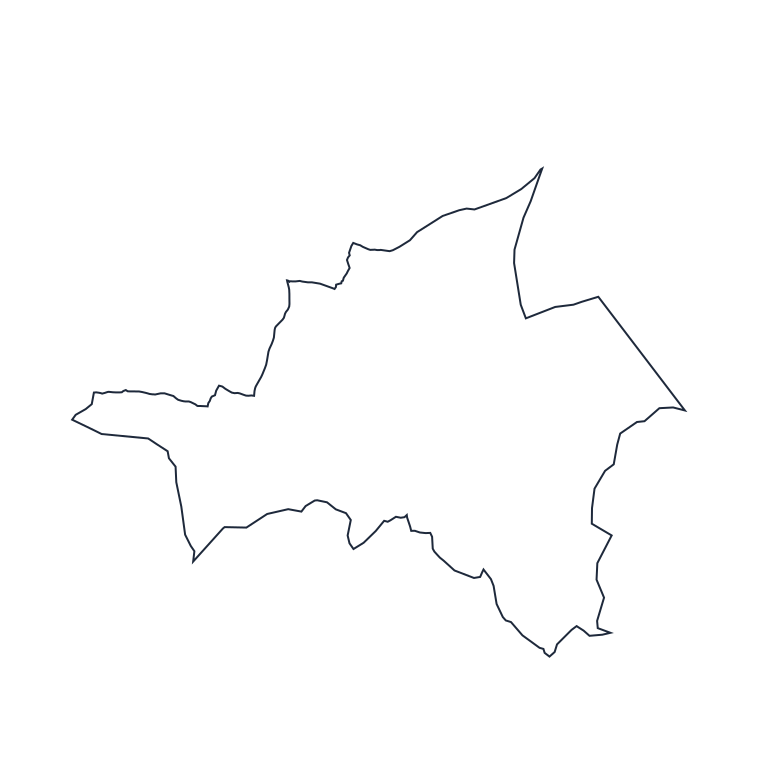 Okpokwu, Benue, Nigeria (orthographic projection), rotated 280°
{"feature_id": "59680162B94450341733030", "entity_name": "Okpokwu", "entity_type": "district", "adm_level": 2, "iso_a3": "NGA", "parent_name": "Nigeria", "parent_adm1": "Benue", "projection": "orthographic", "projection_center": [7.847, 7.064], "detail": "fine", "context": "isolated", "style": "outline", "palette": "slate", "viewbox_px": 768, "rotation_deg": 280, "n_neighbors": 0, "source": "geoboundaries", "source_scale": "gbopen_adm2", "svg_char_len": 3437}
<svg xmlns="http://www.w3.org/2000/svg" viewBox="0 0 768 768"><g transform="rotate(280 384 384)"><path d="M410.2,684.9L507.1,579.9L499.3,564.5L495.0,556.8L489.6,539.2L473.3,512.3L485.8,504.9L525.7,491.1L539.0,489.2L572.0,492.5L589.4,496.7L616.1,501.1L623.7,502.4L622.4,500.9L612.9,496.5L599.8,485.3L588.3,472.1L571.6,442.8L571.1,434.9L568.2,427.9L559.7,412.6L539.3,390.2L530.1,384.6L521.8,375.4L517.3,369.5L515.8,366.5L515.7,364.0L515.5,357.5L515.1,356.2L514.7,354.0L514.7,351.6L513.7,347.2L514.0,345.1L515.4,339.3L516.5,336.5L516.8,333.2L517.6,329.2L514.2,327.9L507.1,326.8L504.7,327.9L502.4,326.6L499.7,326.0L495.9,328.0L492.3,330.0L488.6,328.7L486.4,328.1L484.5,327.2L481.7,325.9L478.6,325.6L477.8,324.5L475.7,324.4L475.0,322.6L473.5,319.6L471.1,319.8L469.0,318.8L469.4,317.0L471.7,303.6L471.6,295.4L470.9,291.2L470.7,285.7L470.9,283.2L469.6,278.8L469.2,276.4L469.0,274.8L468.8,273.4L468.3,273.1L468.8,272.3L469.1,271.6L469.2,271.2L469.2,270.5L467.5,271.2L462.5,273.5L460.3,274.3L456.2,275.2L451.2,276.1L446.4,277.0L443.8,277.2L440.6,276.4L437.9,274.9L435.9,274.3L434.3,274.2L431.8,273.9L429.7,272.9L425.5,270.0L421.8,267.5L420.3,267.0L418.4,266.9L410.6,267.5L407.4,267.1L403.8,266.4L399.0,265.1L395.7,264.6L387.1,264.7L382.5,264.6L378.6,263.9L372.2,262.5L369.6,261.8L361.8,259.0L359.2,258.1L357.4,257.8L354.6,257.7L349.8,258.1L349.7,255.4L348.9,252.6L348.6,250.1L349.0,247.5L349.7,243.6L349.8,241.5L349.0,238.4L349.1,235.6L350.2,232.5L351.7,228.6L353.4,225.3L353.6,223.4L353.7,221.8L348.3,219.9L343.6,219.5L341.7,216.6L339.7,215.8L337.1,215.4L334.7,214.3L331.3,214.2L331.2,212.8L330.9,210.6L330.5,207.4L330.1,204.9L330.0,204.0L331.2,201.8L331.7,200.0L332.6,196.9L332.9,194.9L332.3,191.4L332.2,189.5L332.3,187.3L332.7,184.0L333.8,181.7L335.6,178.7L335.7,177.7L336.0,175.0L336.7,169.5L336.0,165.6L333.9,160.4L333.8,159.0L333.6,157.5L333.5,154.7L333.7,153.2L333.9,150.9L334.1,147.2L334.1,144.2L333.9,142.9L333.6,141.0L332.7,135.7L332.3,133.0L332.6,132.2L332.9,131.4L333.2,130.8L332.2,129.1L331.6,128.3L330.4,127.3L330.2,126.7L329.7,124.6L329.2,121.6L328.8,118.6L328.5,114.3L328.2,113.3L326.7,110.5L325.6,108.1L325.8,107.0L325.9,104.9L325.8,102.0L325.2,99.8L313.4,99.7L307.5,94.6L300.1,85.7L294.7,83.1L287.9,107.1L285.7,114.6L289.4,161.2L285.2,170.8L280.2,182.6L273.5,185.1L266.4,193.1L251.2,196.5L228.0,205.7L201.1,214.3L191.0,221.8L186.4,226.3L176.0,226.9L213.8,250.5L215.4,251.9L218.7,273.4L235.7,291.5L244.1,311.4L244.0,324.8L250.2,328.0L257.2,336.0L257.9,338.4L257.6,348.4L252.2,358.3L250.2,369.0L244.3,374.9L228.5,374.5L221.1,377.7L216.2,382.6L224.1,391.5L237.8,401.4L249.3,407.9L249.0,411.6L250.8,413.9L255.3,418.8L255.2,423.7L256.4,427.3L258.9,429.2L256.6,429.9L251.8,432.5L248.1,434.5L244.1,436.3L244.8,439.8L244.0,445.1L244.4,450.9L245.4,455.4L241.9,457.9L230.3,460.6L227.7,462.7L225.2,465.9L222.7,469.2L220.4,473.4L212.6,485.8L208.6,506.3L210.7,512.2L216.1,513.5L218.6,514.2L210.4,523.2L204.2,527.0L186.9,533.1L175.1,541.5L172.3,545.0L171.6,550.4L160.5,564.0L151.2,583.0L150.8,587.0L147.1,588.9L144.3,594.3L149.7,598.6L157.6,599.6L164.3,604.3L174.4,611.4L179.0,615.7L175.8,623.4L171.7,630.1L175.0,642.5L178.3,650.2L180.7,636.9L187.7,635.0L211.8,637.8L228.2,627.3L237.6,626.1L244.6,625.2L261.9,630.6L274.4,634.5L282.5,612.9L297.9,610.4L317.5,609.5L336.9,616.8L344.8,624.2L364.9,624.2L376.2,625.2L390.5,639.7L392.6,647.0L400.9,653.7L408.0,659.4L411.1,672.8L410.2,684.9Z" fill="none" stroke="#1e293b" stroke-width="2"/></g></svg>